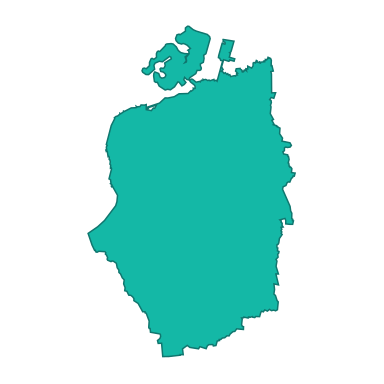 Kota Denpasar, Bali, Indonesia (orthographic projection), rotated 182°
{"feature_id": "22746128B89164850776530", "entity_name": "Kota Denpasar", "entity_type": "district", "adm_level": 2, "iso_a3": "IDN", "parent_name": "Indonesia", "parent_adm1": "Bali", "projection": "orthographic", "projection_center": [115.218, -8.672], "detail": "fine", "context": "isolated", "style": "filled", "palette": "teal", "viewbox_px": 384, "rotation_deg": 182, "n_neighbors": 0, "source": "geoboundaries", "source_scale": "gbopen_adm2", "svg_char_len": 6046}
<svg xmlns="http://www.w3.org/2000/svg" viewBox="0 0 384 384"><g transform="rotate(182 192 192)"><path d="M117.3,321.0L117.3,326.4L118.1,328.2L120.7,329.3L120.9,328.6L120.1,328.2L121.1,328.1L122.0,326.7L123.3,327.0L123.2,325.9L124.7,325.4L124.2,324.7L128.0,324.1L128.1,323.2L128.9,323.4L129.1,324.4L130.2,323.8L131.7,324.1L131.4,325.2L132.3,325.7L133.1,323.2L134.5,323.6L135.4,323.0L135.4,320.1L136.7,317.9L140.7,319.7L140.6,316.9L142.3,317.1L141.8,315.1L142.8,316.0L143.0,315.5L143.9,315.7L144.0,314.8L145.2,314.7L145.0,313.9L145.9,313.7L146.7,315.8L148.0,316.4L148.2,317.2L152.1,316.7L152.7,314.4L150.6,312.3L151.5,312.0L150.8,310.5L151.8,310.5L152.5,309.4L153.8,309.7L157.4,308.7L158.3,310.6L159.6,310.2L160.4,311.5L161.3,310.8L162.9,312.4L164.1,311.6L165.7,313.4L167.1,313.6L165.2,315.4L166.8,318.1L165.0,325.3L159.9,323.9L159.0,324.4L158.9,325.2L154.5,324.2L153.9,326.6L159.4,328.0L158.5,331.9L159.3,332.6L158.1,333.3L157.7,334.4L155.3,344.2L166.8,345.6L166.0,345.1L166.2,343.1L164.5,343.0L164.0,341.9L164.3,340.9L167.1,341.6L170.1,329.2L170.3,327.2L168.9,326.6L167.9,324.5L165.9,324.3L170.8,303.6L171.8,304.5L173.5,303.9L174.0,305.3L177.9,303.8L178.9,304.5L180.0,303.9L182.2,305.0L184.3,304.5L184.9,305.0L185.1,303.9L186.5,304.0L187.6,302.3L188.3,302.8L191.7,301.9L195.4,304.7L196.8,304.8L197.9,303.7L198.9,304.5L198.3,306.1L192.3,310.5L191.2,313.7L188.4,313.8L187.3,314.6L187.0,316.2L188.0,318.4L188.1,320.3L185.2,322.0L184.6,325.8L185.1,329.1L182.9,330.7L179.2,345.8L179.8,347.9L182.2,350.0L193.2,352.9L196.4,354.2L200.9,357.5L202.3,357.5L204.3,355.7L204.2,352.5L209.5,348.7L210.4,349.3L212.5,348.6L213.8,344.8L213.2,342.7L211.0,340.4L207.6,339.5L206.1,340.1L204.4,339.7L201.9,338.5L198.6,335.4L201.1,333.5L200.2,332.9L199.7,330.1L202.7,326.2L202.0,322.8L202.3,321.6L203.7,321.0L202.3,323.0L203.6,326.8L200.5,329.3L200.7,330.0L204.5,330.1L208.2,331.0L210.8,333.1L212.7,336.4L215.9,339.2L218.0,339.6L222.3,339.1L223.5,338.4L223.8,337.2L229.1,331.3L230.7,331.7L231.8,330.7L232.4,328.9L232.2,325.3L234.7,323.3L236.6,324.2L237.6,323.6L239.0,320.0L238.9,316.8L242.0,313.6L244.1,314.2L245.4,313.7L246.2,311.4L245.4,309.9L242.1,307.8L239.5,307.8L233.6,313.4L234.5,317.1L233.4,319.5L229.3,321.5L226.1,321.1L219.1,326.7L217.8,326.0L217.3,324.4L223.8,320.0L223.2,317.4L224.1,315.2L225.1,314.6L227.4,314.8L228.3,313.8L227.5,311.4L224.7,310.8L222.9,309.2L222.2,307.8L222.7,306.4L223.5,305.4L226.2,304.7L228.0,305.9L229.4,309.3L233.3,310.7L234.2,309.2L234.4,306.7L233.4,301.1L231.9,300.3L230.4,300.4L228.5,296.7L222.4,293.0L220.0,293.8L217.1,293.4L213.1,296.5L210.0,301.5L208.8,301.3L205.8,297.7L203.5,299.2L201.9,301.3L204.1,303.9L203.4,306.3L201.2,304.3L198.7,303.8L197.3,301.9L193.4,299.0L192.6,297.8L192.5,295.7L194.4,295.8L194.0,294.6L196.3,292.7L196.8,293.0L199.3,290.3L208.4,289.7L213.1,286.6L219.3,285.1L222.2,285.1L227.6,279.7L240.3,275.0L239.2,273.1L238.0,275.0L230.6,277.6L232.2,274.3L233.5,274.6L235.5,271.9L240.6,272.7L240.8,277.8L242.5,277.2L246.0,277.2L246.9,275.6L249.8,275.2L250.7,275.7L250.3,274.6L250.9,274.3L255.7,273.9L262.3,270.2L263.2,270.5L263.2,269.8L265.0,268.4L266.0,267.7L266.8,268.1L266.7,267.4L269.2,265.2L270.4,265.0L272.2,263.5L271.8,262.6L275.0,255.7L279.3,236.4L278.4,235.7L279.2,233.9L278.8,231.4L279.6,231.0L279.2,229.9L278.9,230.4L278.1,229.7L277.1,224.4L276.5,224.7L275.9,223.8L275.9,221.6L275.2,221.2L274.7,219.3L275.0,217.0L274.2,216.1L274.3,213.0L273.6,213.3L273.2,212.4L275.4,202.2L273.9,201.5L273.3,198.1L273.8,197.5L272.5,196.6L272.0,195.3L272.8,195.0L272.3,194.3L271.6,194.8L266.3,186.1L266.7,179.7L267.8,175.6L278.4,160.5L285.0,154.0L294.4,147.0L290.0,135.4L287.3,130.2L286.6,130.4L285.8,128.6L284.4,128.6L283.1,129.5L276.9,129.3L276.0,128.3L276.4,127.0L275.2,125.9L274.0,123.3L274.5,122.0L273.9,120.9L270.5,119.6L269.5,120.3L268.0,120.0L265.1,118.1L264.1,113.7L262.4,111.5L262.2,109.0L260.6,107.7L258.7,103.8L256.7,101.9L257.1,97.8L255.5,94.0L255.8,91.0L253.6,90.5L251.6,86.7L249.5,86.6L247.6,85.1L246.3,83.4L246.3,81.4L242.0,78.8L237.1,70.6L234.8,70.7L234.7,69.6L233.5,69.2L230.3,61.5L230.5,55.2L230.0,54.1L229.1,54.1L228.6,50.4L219.1,49.0L218.6,48.4L218.3,46.4L219.0,44.4L221.3,42.4L220.5,39.5L217.1,39.8L215.5,26.5L209.4,26.8L198.0,28.5L198.1,29.1L195.1,29.1L196.0,34.9L191.4,38.5L188.7,36.6L180.0,35.5L178.7,37.7L172.4,35.9L171.4,38.6L170.0,40.0L165.9,40.3L165.3,38.9L162.7,39.4L161.6,43.9L159.4,44.5L159.7,45.5L158.0,45.7L156.6,47.1L154.2,47.5L152.1,49.5L149.9,49.5L148.9,51.4L146.3,53.8L144.3,54.2L142.6,56.8L135.8,56.4L135.8,59.2L137.0,59.5L137.8,61.1L137.4,66.7L138.1,67.8L135.9,68.2L135.8,68.8L131.5,68.0L131.3,69.0L130.6,69.2L129.9,68.7L127.3,69.6L127.0,69.0L124.9,68.7L123.9,69.8L120.1,69.8L119.0,74.2L118.2,75.2L116.5,74.7L115.2,76.7L112.5,75.6L110.4,77.4L108.5,76.2L106.2,76.8L104.3,76.2L102.5,77.3L102.0,85.2L103.2,86.5L105.0,91.5L106.6,92.9L106.1,97.4L106.9,103.0L102.3,102.2L105.3,113.0L102.8,113.1L105.4,120.7L104.7,125.9L105.7,127.6L103.7,129.9L104.2,132.7L103.2,134.0L103.0,135.6L104.6,136.2L104.3,139.0L105.0,139.1L105.3,140.9L105.1,142.4L104.2,142.7L103.5,144.1L103.0,148.6L100.4,152.7L101.5,153.8L100.8,155.2L101.8,156.3L100.9,157.8L101.8,159.8L99.7,160.2L100.8,161.7L100.8,164.0L101.9,164.9L101.8,166.1L103.2,167.2L98.2,168.8L97.3,166.9L97.2,163.4L93.1,163.1L90.3,163.2L89.6,166.7L90.6,166.9L90.3,168.2L91.4,168.9L91.5,174.3L92.7,176.4L93.5,181.1L101.6,197.9L101.1,200.4L98.3,201.8L97.3,204.6L96.0,205.5L94.6,205.3L93.1,209.2L92.0,209.9L91.5,211.5L90.3,211.4L89.6,214.5L93.3,214.9L93.0,218.8L94.0,220.1L94.9,220.1L95.0,220.9L95.7,221.0L96.3,224.1L96.9,224.4L96.1,227.9L96.8,230.8L97.3,230.8L97.7,232.5L101.7,233.2L102.6,235.3L101.1,236.5L101.1,239.5L99.8,240.2L98.3,239.8L95.5,240.3L94.3,242.0L95.8,244.6L103.9,246.0L103.4,249.0L106.5,253.3L106.3,258.9L109.4,260.3L109.0,260.6L110.0,261.3L113.0,262.1L112.4,262.6L114.7,266.4L113.1,267.3L116.5,273.0L116.0,279.8L116.6,281.4L115.8,284.1L116.2,286.2L117.6,287.0L116.2,289.2L113.5,288.5L111.9,294.1L115.9,293.9L116.7,312.7L117.4,315.1L115.0,315.7L116.5,321.1L117.3,321.0Z" fill="#14b8a6" stroke="#0f766e" stroke-width="1.5"/></g></svg>